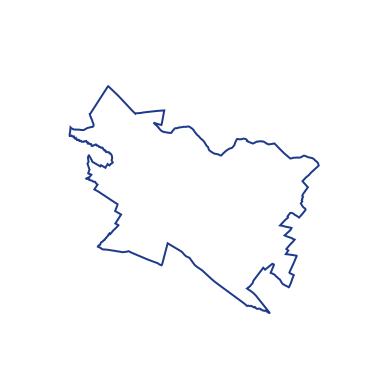 Scanteia, Iasi, Romania (Mercator projection), rotated 308°
{"feature_id": "2599482B42529928400495", "entity_name": "Scanteia", "entity_type": "district", "adm_level": 2, "iso_a3": "ROU", "parent_name": "Romania", "parent_adm1": "Iasi", "projection": "mercator", "projection_center": [27.593, 46.925], "detail": "fine", "context": "isolated", "style": "outline", "palette": "blue", "viewbox_px": 384, "rotation_deg": 308, "n_neighbors": 0, "source": "geoboundaries", "source_scale": "gbopen_adm2", "svg_char_len": 5970}
<svg xmlns="http://www.w3.org/2000/svg" viewBox="0 0 384 384"><g transform="rotate(308 192 192)"><path d="M91.0,151.6L91.6,154.2L91.7,156.5L92.1,157.5L93.3,159.0L93.6,159.7L94.9,161.6L95.3,162.5L98.6,168.3L99.1,169.4L100.4,171.5L101.3,173.4L102.2,174.9L103.3,175.8L105.0,177.6L106.1,178.2L106.4,178.7L106.7,180.7L111.4,198.2L113.6,205.3L114.8,208.8L114.8,210.5L115.1,211.8L115.5,213.1L116.6,213.0L136.6,204.4L138.5,219.6L138.5,221.6L137.8,225.0L137.7,226.4L137.8,227.5L138.6,230.5L136.4,238.2L136.1,239.8L136.1,242.7L136.4,246.2L136.5,248.4L135.5,260.4L135.3,264.6L135.4,271.0L136.3,302.0L136.1,305.6L136.4,305.7L137.2,306.4L137.4,307.3L137.6,307.7L138.7,308.7L139.2,311.8L139.9,312.0L140.1,312.3L139.8,313.8L139.9,315.0L140.5,315.9L141.1,316.3L141.8,317.1L141.9,317.5L141.7,318.6L142.2,319.3L142.1,320.5L142.7,321.4L142.9,322.2L143.6,322.7L143.8,323.1L144.0,326.6L144.2,327.3L144.4,327.5L144.6,327.4L146.5,319.6L149.7,306.2L149.9,304.7L150.1,303.2L150.2,300.7L149.8,294.8L151.7,295.2L152.5,295.6L157.4,295.9L160.0,295.0L176.2,294.8L175.8,297.4L184.9,299.5L185.3,301.1L185.1,301.4L176.7,303.8L177.1,305.1L177.6,307.2L177.6,308.9L177.3,309.8L177.3,312.0L177.0,313.2L177.2,314.7L176.8,316.1L175.9,318.1L175.3,320.4L175.6,321.3L175.7,322.8L176.3,325.3L176.5,326.9L177.0,327.0L181.4,325.9L185.6,324.4L189.2,323.4L188.3,319.2L188.3,318.7L188.4,318.4L191.2,317.6L198.2,316.0L206.1,313.9L206.2,313.7L204.8,311.0L201.5,305.3L200.8,304.2L205.2,303.9L205.2,301.4L211.3,301.7L214.7,302.1L217.7,302.2L217.1,300.1L217.2,299.6L216.9,298.5L215.3,293.8L214.8,291.7L222.0,292.9L223.7,292.9L225.0,292.5L222.3,287.1L220.5,283.0L219.9,282.0L227.0,282.6L231.0,283.4L231.2,283.2L231.4,282.4L231.6,282.3L235.9,282.3L236.7,283.0L237.3,284.8L237.4,285.8L237.3,287.4L237.6,288.5L237.8,292.1L241.4,292.4L247.3,292.5L248.1,292.3L248.5,291.7L248.6,290.9L248.5,289.7L248.6,288.7L248.8,287.9L250.0,284.8L252.5,284.7L252.9,283.6L254.3,283.3L254.4,282.9L256.5,282.5L256.8,281.3L258.5,280.8L267.1,280.4L268.3,273.5L268.6,272.4L273.5,272.8L277.4,273.7L280.8,273.9L290.8,275.6L291.8,274.3L292.4,273.3L292.7,271.5L292.7,269.2L293.0,268.1L292.8,266.1L292.5,265.3L291.0,262.3L290.2,259.3L290.0,258.6L289.3,257.6L286.5,256.5L285.5,255.8L284.5,254.6L283.7,253.4L282.3,251.9L281.4,250.8L280.3,250.1L278.9,248.8L279.2,241.3L279.8,236.0L281.0,227.1L279.9,226.0L279.7,226.0L276.6,223.0L276.5,221.8L276.3,221.6L276.1,221.2L276.1,219.9L275.8,217.4L275.3,216.5L275.0,216.3L274.5,215.2L274.0,214.4L272.4,213.1L272.2,212.7L271.8,212.4L271.7,212.1L268.4,210.6L267.6,210.0L266.8,207.2L266.4,205.5L266.2,205.1L266.4,204.6L266.2,204.2L266.3,204.2L266.4,203.7L266.7,203.3L266.9,202.2L266.5,201.1L266.1,200.3L265.6,199.6L264.0,198.4L262.8,197.0L261.5,194.9L260.8,194.9L257.6,195.6L254.7,196.6L252.0,196.4L251.4,196.3L250.5,195.8L249.5,194.9L246.9,193.9L244.4,193.3L240.7,192.7L238.8,192.6L238.7,192.3L238.2,191.6L237.6,188.9L236.0,186.0L235.6,183.1L235.5,179.8L235.9,179.0L237.3,176.9L237.4,175.1L239.1,170.6L239.5,168.4L239.5,166.1L240.1,163.0L240.2,160.6L241.1,157.0L241.8,155.0L242.1,153.0L241.9,151.8L241.9,150.1L241.4,148.7L239.8,147.3L239.1,146.5L238.5,145.5L236.8,144.1L236.1,143.3L235.4,142.7L234.9,142.0L234.3,141.8L232.7,140.6L232.6,140.2L231.5,139.3L227.8,139.1L225.9,139.3L225.0,138.2L224.6,137.7L222.3,133.4L222.0,133.1L222.0,132.5L221.8,132.3L221.5,131.3L221.3,130.0L221.5,129.1L221.5,128.6L221.9,126.6L222.3,125.8L222.2,125.2L222.6,123.2L222.6,122.0L222.9,119.0L224.9,124.3L226.0,126.6L227.9,125.8L239.2,119.9L234.3,114.5L227.4,107.4L224.2,104.2L222.8,103.1L222.4,102.5L220.5,100.6L219.4,99.2L218.8,99.2L219.3,94.9L222.4,75.0L223.8,61.1L223.5,60.7L191.6,63.6L190.9,63.7L190.5,63.4L189.7,64.4L187.9,67.4L187.3,68.7L186.7,69.5L184.4,73.2L182.9,73.8L181.9,73.4L181.7,73.1L181.3,72.7L177.9,70.1L174.3,68.6L173.7,68.0L172.3,65.9L172.0,65.2L171.8,65.0L170.9,63.6L169.6,62.0L168.4,60.1L168.0,57.8L168.0,57.2L168.1,56.5L164.1,59.1L162.1,60.0L160.9,61.2L161.5,61.9L162.4,62.3L162.4,62.8L162.1,63.2L162.2,63.8L162.5,64.3L163.1,64.6L163.2,64.9L162.2,65.8L162.1,66.3L162.2,66.8L162.9,67.2L162.2,67.7L162.5,68.5L162.7,68.9L162.2,69.4L162.7,70.0L163.3,70.4L163.4,70.8L163.4,71.1L163.0,71.4L163.2,71.9L163.0,72.2L163.1,72.4L163.6,72.4L163.8,72.7L164.0,73.1L163.7,73.9L164.1,74.5L164.4,75.3L164.8,75.6L165.5,75.7L165.9,76.4L167.1,77.2L166.5,78.2L166.9,78.9L167.0,79.3L167.0,79.6L166.0,80.0L166.1,80.5L166.9,81.2L167.2,81.7L167.2,81.9L167.0,82.2L167.6,83.0L167.2,83.9L166.6,84.3L166.7,85.0L167.4,85.5L167.9,85.6L170.1,86.8L170.4,87.2L170.4,87.5L169.9,88.0L169.9,88.4L170.2,88.7L170.7,89.5L170.7,89.9L170.4,90.7L170.3,91.1L170.7,91.4L170.9,91.9L171.0,92.2L170.8,92.9L170.8,93.1L171.2,93.3L171.7,93.9L171.7,94.9L171.1,95.7L170.9,96.2L171.2,96.8L171.1,97.1L171.3,97.5L170.9,97.8L171.3,98.7L171.1,99.0L170.8,99.2L170.6,99.6L171.3,100.8L172.0,101.7L172.2,102.2L172.1,102.8L171.6,103.2L171.7,103.5L172.1,104.0L172.0,105.0L171.1,106.7L169.7,108.1L168.9,108.6L167.6,109.0L167.1,109.9L166.4,111.4L165.8,111.2L165.1,111.2L164.2,110.7L162.1,110.6L162.0,108.3L161.0,108.6L159.7,108.5L157.8,108.9L157.1,103.8L155.7,103.9L154.5,95.1L154.6,94.5L155.4,93.4L156.0,91.6L156.5,90.9L157.4,88.2L157.1,88.1L155.3,88.7L154.6,89.2L152.1,91.9L150.0,92.2L146.6,97.4L142.8,98.7L142.8,99.2L143.7,101.7L143.7,102.1L140.9,102.0L139.9,101.6L137.7,100.4L137.4,100.4L137.4,100.9L137.6,101.2L138.2,101.9L138.5,102.1L138.6,102.4L138.3,102.6L138.3,102.8L138.8,102.7L139.0,102.9L139.0,103.3L138.5,104.0L138.9,105.5L139.4,106.2L139.4,107.8L139.6,108.3L140.3,109.1L140.4,109.7L140.0,110.2L139.7,111.2L139.7,113.0L135.9,113.3L133.9,113.5L134.6,117.2L136.2,137.4L136.6,140.8L135.2,141.5L129.7,143.1L130.6,150.0L120.0,151.0L120.6,154.2L120.5,154.5L115.9,154.1L113.9,153.7L108.7,153.5L108.8,152.5L107.1,152.4L107.0,152.8L103.0,152.5L102.8,152.7L101.7,152.4L100.1,152.6L99.5,152.1L98.2,152.1L97.8,151.9L96.1,151.4L95.2,151.6L94.9,151.8L94.5,151.8L93.9,152.1L92.6,151.4L92.0,151.3L91.7,151.3L91.6,151.6L91.0,151.6Z" fill="none" stroke="#1e3a8a" stroke-width="2"/></g></svg>